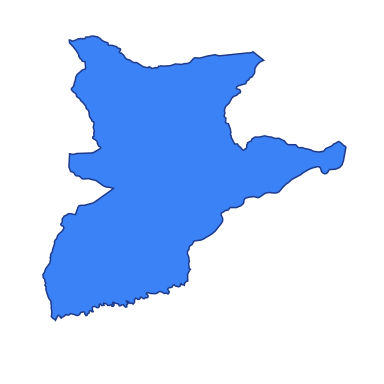 Nova Lacerda, Mato Grosso, Brazil (Natural Earth projection), rotated 279°
{"feature_id": "56859067B39265464568289", "entity_name": "Nova Lacerda", "entity_type": "district", "adm_level": 2, "iso_a3": "BRA", "parent_name": "Brazil", "parent_adm1": "Mato Grosso", "projection": "natural_earth1", "projection_center": [-59.772, -14.4], "detail": "fine", "context": "isolated", "style": "filled", "palette": "blue", "viewbox_px": 384, "rotation_deg": 279, "n_neighbors": 0, "source": "geoboundaries", "source_scale": "gbopen_adm2", "svg_char_len": 5848}
<svg xmlns="http://www.w3.org/2000/svg" viewBox="0 0 384 384"><g transform="rotate(279 192 192)"><path d="M322.9,47.0L320.1,47.7L317.3,51.5L313.5,55.6L310.2,58.4L308.6,58.9L306.5,60.4L305.7,61.8L304.0,63.2L303.9,66.0L297.1,67.7L295.3,64.5L290.1,60.2L287.2,59.2L284.3,59.3L280.5,58.6L279.3,58.8L277.5,58.3L275.5,56.8L274.3,56.8L272.6,58.6L270.8,62.1L268.5,63.0L267.7,64.0L266.6,66.5L264.7,67.9L263.2,70.3L260.2,73.7L258.8,74.1L257.6,74.9L256.4,76.9L253.7,78.2L252.7,78.1L251.7,78.8L250.6,78.9L248.5,80.6L248.0,81.5L246.7,81.8L246.1,82.6L246.0,84.0L244.0,84.6L240.5,84.3L236.7,86.2L235.6,85.6L232.6,86.3L231.4,86.3L230.8,85.3L229.7,85.5L229.0,86.5L228.6,88.2L227.1,90.3L226.1,91.0L225.2,90.9L223.3,92.2L222.5,93.0L222.3,94.2L221.4,95.0L220.6,94.6L216.0,89.1L214.9,87.0L212.0,72.2L210.5,68.8L210.6,65.1L197.6,66.5L193.3,68.9L192.8,71.7L192.2,72.7L190.4,74.1L189.9,75.0L190.1,78.1L187.9,81.5L187.9,83.0L189.0,87.6L188.4,94.3L188.2,95.6L184.2,103.6L183.7,105.5L183.5,106.7L183.7,109.5L183.4,113.8L180.5,111.3L165.8,96.3L161.9,87.5L161.6,84.7L160.9,82.7L159.5,81.9L151.5,80.4L151.4,77.6L151.6,76.4L151.5,74.5L150.9,72.8L149.5,71.7L148.3,69.6L145.1,68.1L143.9,68.1L142.8,68.6L141.6,68.4L139.7,67.4L138.4,68.2L138.2,69.8L136.9,71.1L135.6,70.9L132.6,69.6L130.2,67.4L128.4,66.4L127.4,65.9L126.1,65.9L124.4,65.4L123.4,64.5L121.2,63.9L119.9,64.4L113.0,63.3L111.3,63.5L109.2,62.4L107.5,62.2L106.0,62.6L105.3,62.1L103.3,62.8L99.8,62.8L93.2,59.4L89.7,58.9L87.2,57.7L84.1,58.5L82.8,60.1L80.1,61.0L79.1,61.8L76.9,61.3L75.4,62.8L73.1,62.8L66.2,66.2L64.5,67.3L62.0,69.7L60.9,70.1L59.7,70.1L57.6,71.0L55.8,71.0L51.1,72.5L47.0,72.5L45.2,74.8L45.0,76.1L43.9,77.2L48.6,78.7L49.3,79.5L48.4,81.5L47.4,81.6L47.0,82.6L48.1,83.4L49.6,85.4L51.3,86.6L50.9,87.9L51.3,89.7L52.9,91.2L52.6,94.7L52.0,97.3L52.2,98.4L52.7,99.4L54.2,100.5L55.7,100.9L56.7,104.0L56.1,104.9L54.9,105.1L53.3,106.6L53.8,107.6L55.3,107.9L56.1,109.1L58.3,109.3L59.1,110.2L58.0,112.0L58.4,113.1L60.4,111.9L62.6,111.7L63.5,112.5L63.8,114.0L62.9,116.1L63.3,117.8L64.6,118.4L66.1,118.0L67.1,118.8L65.9,120.3L65.8,121.4L66.4,122.8L67.7,122.0L68.5,122.3L67.8,125.4L66.8,126.5L67.0,128.1L68.4,130.3L66.7,130.6L66.8,132.1L68.1,132.8L69.2,132.3L69.1,131.2L70.6,131.1L70.6,132.4L70.1,133.9L70.0,136.5L69.4,137.3L68.2,137.9L68.4,139.1L69.5,140.3L69.9,141.8L68.4,143.4L67.9,144.7L68.5,145.6L70.2,145.0L71.1,145.9L71.9,146.2L73.2,144.7L74.1,144.4L73.6,146.9L72.6,147.4L72.3,148.9L72.9,150.1L72.0,151.3L73.7,152.4L75.6,152.4L76.6,152.0L78.2,152.8L78.2,154.3L77.4,155.1L77.7,156.6L78.5,157.3L79.7,157.3L80.2,158.4L79.1,160.5L79.2,161.6L80.4,162.5L80.4,163.8L80.9,164.8L82.5,165.0L83.6,164.0L84.4,162.7L85.3,163.0L85.7,164.4L85.3,166.8L85.7,170.8L86.3,172.9L88.5,175.2L88.7,177.1L87.5,180.6L88.1,182.2L87.5,184.3L88.4,184.9L90.0,185.2L90.7,184.1L92.2,183.2L93.1,183.4L93.8,184.3L94.7,187.0L97.0,188.0L97.6,188.8L96.9,189.7L96.5,190.8L96.3,193.8L97.2,194.9L98.0,195.2L99.1,194.9L99.9,195.6L98.8,196.7L99.0,197.8L98.7,199.0L100.8,199.0L102.9,200.4L103.3,201.7L105.3,201.5L106.2,200.9L107.3,201.1L110.0,200.5L114.5,201.9L115.4,202.5L116.0,201.3L120.1,200.1L121.7,199.9L123.0,200.3L125.6,199.3L126.9,199.2L130.7,196.9L132.8,196.9L135.2,198.1L136.4,197.7L138.2,198.2L140.1,200.3L143.4,201.5L144.2,202.3L145.7,207.8L147.2,210.5L153.8,218.3L157.1,221.1L166.2,226.2L168.4,226.8L170.7,226.4L174.3,224.2L175.7,224.3L177.6,226.6L178.8,227.5L179.9,230.6L182.6,232.1L183.6,238.4L186.3,242.7L188.5,244.4L189.8,244.8L192.1,244.6L193.2,245.0L194.1,245.6L194.7,246.6L195.8,249.1L197.2,254.2L196.7,257.7L197.3,259.3L202.1,264.4L202.7,265.5L203.6,268.4L203.8,273.0L204.4,275.8L205.3,277.3L206.5,278.4L211.1,281.1L214.3,283.5L217.1,286.4L220.1,288.7L226.2,296.8L228.5,298.8L232.7,304.0L234.8,307.6L236.6,312.0L236.8,313.4L236.3,314.4L235.4,315.3L232.5,316.7L231.8,317.5L231.0,318.9L230.8,320.3L231.1,321.5L232.3,322.8L235.0,323.7L235.7,324.5L237.0,330.2L239.3,334.0L242.3,335.9L246.6,336.7L260.3,337.0L261.3,335.9L261.7,334.4L263.6,331.9L264.8,329.1L264.1,327.8L262.4,326.0L261.6,324.5L259.3,322.8L255.8,317.3L252.6,315.5L252.4,314.1L251.4,311.3L251.3,309.8L251.2,306.7L251.5,304.5L252.3,302.5L252.6,296.3L253.1,293.6L252.5,291.2L252.7,289.8L254.9,287.0L253.8,279.5L254.6,277.7L256.8,275.5L258.7,269.3L258.1,267.1L258.0,264.8L258.7,261.7L258.5,259.6L258.8,254.9L256.7,249.7L256.2,246.0L255.7,244.9L254.8,244.4L254.2,243.2L251.5,242.3L249.5,239.3L248.5,239.4L247.6,238.7L244.1,239.0L243.2,238.4L242.5,237.3L241.4,236.7L241.5,235.5L243.9,232.7L244.4,231.4L246.6,229.2L246.1,226.6L252.1,222.2L254.0,221.7L254.7,220.8L256.9,221.1L259.9,220.1L264.2,217.8L265.1,217.3L265.2,215.8L265.9,214.2L270.3,213.9L271.1,212.4L272.6,211.8L275.1,212.2L276.9,211.4L279.0,211.3L281.7,211.8L285.5,214.7L291.1,216.7L291.8,217.5L292.7,217.8L294.7,221.2L296.7,222.5L297.4,224.0L298.8,224.3L300.3,223.3L300.7,222.3L300.7,220.8L301.3,219.5L302.9,219.8L304.2,221.2L307.4,228.1L310.2,228.8L311.7,230.5L314.1,231.5L314.9,233.2L318.5,234.9L319.9,235.2L323.7,234.8L327.2,236.1L330.8,238.6L333.3,242.2L340.1,230.2L339.2,229.5L338.6,228.1L338.1,225.3L331.1,199.0L330.7,197.4L331.2,193.3L328.4,185.3L325.5,178.9L325.0,173.7L324.1,172.6L319.8,169.9L318.4,168.0L317.5,164.1L316.4,161.9L315.8,155.4L313.9,152.0L313.0,149.6L311.8,143.6L311.7,141.5L311.2,140.6L311.0,139.3L309.6,138.9L309.0,137.7L309.3,136.5L308.2,134.7L307.8,133.0L309.1,130.1L308.1,129.6L307.9,128.5L308.0,124.4L310.9,117.9L311.2,116.5L310.7,114.4L311.1,112.7L312.5,110.3L313.0,106.9L313.5,105.7L316.5,103.0L318.2,100.3L318.1,99.2L318.9,98.2L321.1,99.2L322.1,98.9L322.5,97.8L322.5,96.2L323.8,94.8L323.8,93.2L324.4,90.4L324.0,87.7L324.1,86.3L325.8,85.8L326.5,84.3L326.5,82.8L327.6,79.5L329.3,77.1L330.4,74.5L330.6,70.3L330.0,67.5L329.1,66.7L328.4,62.8L326.9,62.3L326.2,61.0L326.4,59.6L325.5,55.6L324.5,54.5L322.3,50.5L322.5,49.3L323.1,48.0L322.9,47.0Z" fill="#3b82f6" stroke="#1e3a8a" stroke-width="1.5"/></g></svg>